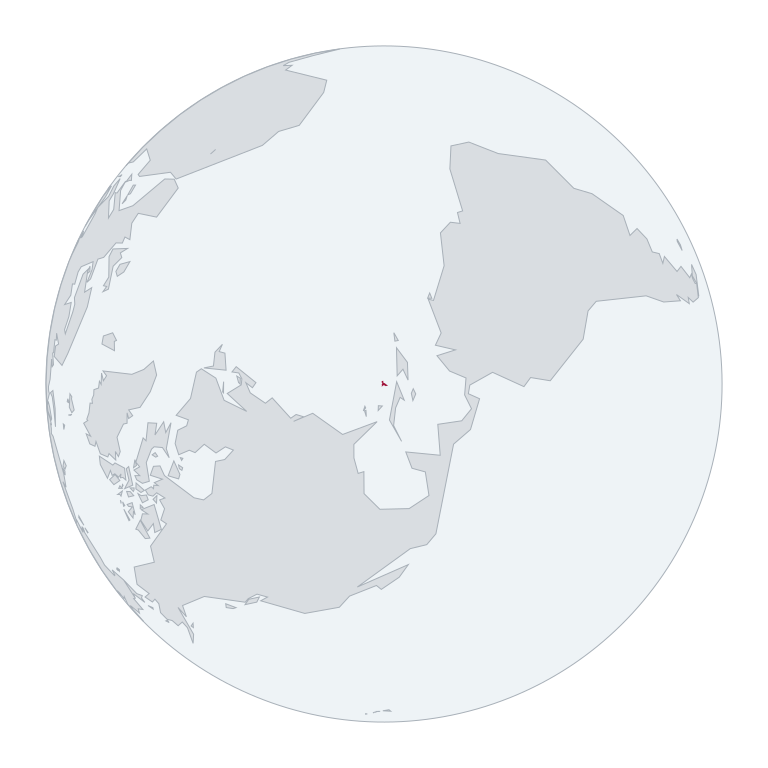 the Earth from above Acklins, rotated 254°
{"feature_id": "BHS-5036", "entity_name": "Acklins", "entity_type": "District", "adm_level": 1, "iso_a3": "BHS", "parent_name": "The Bahamas", "parent_adm1": "", "projection": "orthographic", "projection_center": [-73.948, 22.452], "detail": "fine", "context": "on_globe", "style": "filled", "palette": "rose", "viewbox_px": 768, "rotation_deg": 254, "n_neighbors": 0, "source": "natural_earth", "source_scale": "10m", "svg_char_len": 10095}
<svg xmlns="http://www.w3.org/2000/svg" viewBox="0 0 768 768"><g transform="rotate(254 384 384)"><circle cx="384" cy="384" r="338" fill="#eef3f6" stroke="#a8b0b8"/><path d="M359.3,466.2L351.4,462.4L343.5,471.8L316.4,454.6L307.0,434.3L225.7,392.6L217.8,380.8L218.5,363.9L196.2,302.4L203.7,357.6L194.1,345.4L187.3,324.8L192.4,321.2L189.6,292.4L181.7,279.5L185.3,244.6L209.6,205.7L211.3,213.3L217.0,204.0L215.1,194.3L212.5,190.4L229.3,152.7L226.6,129.3L214.7,129.9L226.0,124.4L195.9,132.0L187.3,129.0L203.9,127.9L210.8,124.5L208.4,119.5L215.0,115.2L217.7,110.6L225.8,106.2L234.9,107.0L240.3,104.5L238.3,101.3L245.1,95.6L247.3,100.5L259.5,91.4L276.9,93.4L276.0,114.1L292.5,114.9L309.6,136.4L314.8,132.0L324.6,138.7L334.4,136.4L334.8,142.0L342.1,135.5L339.9,131.0L342.4,126.8L347.9,125.4L349.4,131.9L346.9,133.6L350.2,134.8L348.6,138.9L352.5,136.0L353.6,144.8L360.7,134.2L368.4,139.7L367.0,146.1L356.5,147.7L327.0,170.0L322.3,178.7L326.2,188.4L356.0,200.7L355.3,210.1L362.0,221.0L367.3,214.2L364.0,203.5L375.6,194.6L370.1,183.5L374.0,178.6L372.6,167.2L384.3,166.8L396.4,173.0L398.2,182.8L403.5,186.1L411.2,175.6L423.4,194.0L447.1,207.0L449.0,212.6L436.0,224.0L412.4,225.8L395.5,244.5L418.1,230.7L422.5,246.5L428.1,248.8L434.6,247.5L437.5,241.2L441.4,246.7L420.6,261.3L416.7,256.5L423.3,251.6L412.3,253.0L398.2,264.7L401.5,272.7L376.8,284.9L378.9,291.1L374.6,297.8L373.0,286.8L375.5,307.4L346.9,330.3L349.7,367.0L334.3,338.4L321.2,334.7L305.2,334.5L305.3,340.5L284.1,334.6L264.7,345.5L257.3,373.8L264.4,396.5L288.1,399.5L295.3,387.7L312.7,386.2L300.0,418.4L330.4,424.6L327.2,448.6L336.1,461.3L351.3,458.5L367.2,464.5L378.4,450.6L396.6,442.7L397.1,462.1L407.1,444.1L417.3,453.0L453.4,449.9L450.7,454.6L481.1,474.4L513.7,479.9L521.2,492.4L517.4,501.4L528.6,501.9L528.7,507.3L572.6,506.6L594.4,514.0L593.2,532.2L574.1,557.2L554.7,601.1L519.8,620.4L509.6,636.4L480.0,660.4L459.0,661.4L463.7,670.1L451.0,676.7L437.0,678.3L433.5,684.5L423.1,685.3L429.3,688.7L411.4,696.7L415.2,701.9L401.9,707.2L404.9,709.7L400.2,709.8L395.0,710.8L394.2,712.2L380.4,710.0L377.5,703.7L383.3,700.3L377.1,699.6L389.4,689.8L382.3,691.9L385.7,675.5L396.5,660.3L405.0,610.8L398.0,600.3L372.2,587.8L341.3,544.7L349.8,526.7L342.9,517.8L365.3,491.6L359.3,466.2ZM67.6,300.3L70.2,292.8L69.5,299.0L67.6,300.3ZM71.1,287.4L70.4,290.1L70.9,287.6L71.1,287.4ZM71.1,285.0L71.1,286.7L70.8,285.5L71.1,285.0ZM70.8,282.7L71.1,283.6L71.0,283.8L70.8,282.7ZM347.9,379.3L382.7,396.8L362.9,399.0L366.7,395.8L357.9,388.6L341.4,381.8L324.0,385.1L347.9,379.3ZM71.4,277.0L71.7,275.3L72.2,275.5L71.4,277.0ZM363.6,359.4L357.5,358.0L363.5,357.9L363.6,359.4ZM210.2,189.6L214.3,194.7L213.6,205.5L209.4,201.6L210.2,189.6ZM212.6,170.7L216.4,171.3L209.8,180.1L209.7,177.0L212.6,170.7ZM204.6,131.9L206.7,134.5L202.4,133.6L204.6,131.9ZM216.6,110.8L213.9,111.7L216.4,109.0L216.6,110.8ZM366.3,168.4L369.4,167.9L368.0,170.2L366.3,168.4ZM362.8,164.2L359.0,167.4L356.7,165.9L359.1,163.9L362.8,164.2ZM231.2,100.1L236.1,96.1L232.7,100.2L231.2,100.1ZM368.0,160.8L353.3,162.9L349.4,160.4L355.3,151.2L368.0,160.8ZM240.0,93.9L251.7,85.2L246.7,85.9L267.4,79.7L250.6,88.6L247.2,93.3L245.1,91.9L240.0,93.9ZM336.8,130.2L339.4,135.0L332.2,132.5L336.8,130.2ZM331.5,129.8L305.6,129.9L304.4,122.7L313.4,123.8L307.8,116.4L320.0,112.7L325.8,116.0L324.1,121.2L330.1,116.0L331.5,129.8ZM277.0,78.1L281.2,76.5L278.5,78.5L277.0,78.1ZM342.8,125.0L337.7,125.4L336.4,119.1L346.4,117.3L343.6,119.8L342.8,125.0ZM300.4,116.5L301.2,111.9L311.3,107.6L312.9,105.4L320.2,112.1L300.4,116.5ZM346.7,120.5L351.6,116.6L357.2,118.4L347.8,124.3L346.7,120.5ZM331.8,118.4L331.6,115.4L335.0,116.4L331.8,118.4ZM380.0,123.7L373.9,123.6L372.6,120.2L380.0,123.7ZM353.0,115.1L351.0,114.5L349.8,113.4L354.1,111.3L353.0,115.1ZM326.8,108.8L330.9,108.2L324.4,105.8L331.7,103.0L335.2,108.2L336.8,104.7L339.0,103.9L339.4,109.2L326.8,108.8ZM354.9,105.9L361.9,112.4L373.6,112.9L375.0,115.8L356.0,114.6L354.9,105.9ZM345.8,107.3L351.7,107.0L350.5,110.4L345.6,112.7L345.8,107.3ZM335.4,99.4L323.3,102.3L322.9,101.2L335.4,99.4ZM358.6,105.3L356.8,103.8L359.5,104.9L358.6,105.3ZM342.8,100.3L338.5,101.3L338.2,100.0L342.8,100.3ZM356.8,100.2L359.0,102.1L355.8,103.6L356.8,100.2ZM350.6,99.7L351.2,97.5L353.3,103.0L348.7,100.3L350.6,99.7ZM343.2,98.8L341.6,98.3L345.0,98.6L343.2,98.8ZM367.7,93.9L371.1,100.5L364.0,103.5L361.7,96.6L367.7,93.9ZM403.3,714.2L381.5,710.8L393.8,712.5L403.0,710.2L414.2,712.6L403.3,714.2ZM430.1,707.4L440.3,705.2L442.6,705.6L436.0,707.3L430.1,707.4ZM641.7,165.4L649.6,176.7L640.8,168.0L623.5,146.2L617.9,140.1L641.7,165.4ZM607.9,130.9L606.7,130.2L595.0,120.3L605.0,129.4L607.7,131.2L614.0,137.4L611.9,136.3L607.9,132.5L608.7,134.6L627.7,153.6L632.5,157.4L640.2,170.9L648.9,179.0L654.2,187.0L641.5,176.4L635.8,170.3L619.5,164.9L626.3,172.3L642.0,178.4L641.2,180.0L650.3,191.7L642.7,184.2L623.7,177.1L624.6,191.8L641.5,229.8L638.7,238.8L629.1,240.2L607.1,211.4L615.8,194.8L608.1,185.9L592.8,179.5L596.7,175.5L591.6,171.3L593.5,165.3L583.0,149.5L582.9,143.4L565.9,130.9L563.6,126.5L574.4,134.9L581.8,138.1L580.2,125.3L576.1,120.9L565.2,114.2L566.1,112.1L555.7,107.4L548.4,98.9L548.6,105.8L535.7,99.7L524.3,91.9L520.1,91.5L538.7,104.5L546.0,108.8L552.3,110.2L572.5,125.0L575.8,131.0L554.8,121.5L557.2,129.6L539.8,120.0L500.4,88.4L490.6,79.6L501.4,74.6L511.1,78.8L512.1,82.2L523.1,83.3L516.5,81.1L517.3,79.9L505.2,75.0L505.1,74.0L493.6,71.6L492.2,69.9L499.6,71.4L480.5,64.3L474.1,60.8L469.8,59.7L467.0,59.7L460.8,56.1L457.9,55.6L458.8,56.4L453.7,56.2L442.1,54.9L440.6,53.7L444.6,54.0L450.6,53.5L461.4,55.4L459.6,54.9L449.9,53.1L442.5,53.5L436.0,53.1L438.1,52.2L436.8,52.5L433.1,52.0L428.0,50.6L425.0,51.5L386.1,51.4L372.4,49.9L378.6,48.4L349.9,50.4L336.6,50.7L337.5,51.2L324.3,53.8L328.3,53.6L327.7,54.2L295.6,63.5L286.9,65.5L274.1,72.1L274.5,72.7L280.3,71.4L267.4,79.7L246.7,85.9L246.7,84.2L233.7,90.1L235.6,85.8L231.2,85.8L241.0,79.1L236.6,80.4L232.0,82.8L222.6,87.2L221.9,87.5L242.9,77.0L251.3,75.7L249.4,74.8L255.9,72.3L259.0,70.6L257.2,70.8L253.2,72.5L259.6,69.8L282.9,61.5L306.9,55.0L331.2,50.2L355.8,47.3L380.6,46.1L405.4,46.8L430.1,49.2L454.5,53.5L478.6,59.6L502.1,67.4L525.0,76.9L547.2,88.1L568.4,100.8L588.7,115.1L607.9,130.9ZM718.2,433.8L719.2,406.4L719.4,381.3L717.8,374.9L715.7,383.5L712.9,376.0L710.8,379.6L691.8,412.7L680.9,406.4L656.0,373.8L655.8,352.3L646.9,332.9L638.3,240.7L646.4,237.1L650.9,206.2L653.2,205.4L663.5,221.0L675.4,220.7L666.6,204.2L666.8,199.1L664.9,196.1L678.0,217.3L689.4,239.4L699.3,262.3L707.4,285.9L713.7,310.0L718.3,334.5L721.0,359.3L721.9,384.2L721.0,409.1L718.2,433.8ZM652.9,280.6L655.9,286.8L652.9,280.6ZM454.5,449.6L458.9,453.0L453.2,453.6L454.5,449.6ZM360.1,407.2L367.5,407.7L371.4,410.8L365.7,411.8L360.1,407.2ZM422.2,406.3L430.6,407.6L421.9,409.7L422.2,406.3ZM388.2,398.9L415.4,406.0L398.3,412.5L381.1,408.2L393.0,406.3L388.2,398.9ZM360.1,371.1L364.7,372.6L363.3,376.3L360.1,371.1ZM367.9,359.5L366.1,359.8L363.8,356.7L367.9,359.5ZM423.7,245.6L425.5,244.6L432.2,244.7L429.1,247.5L423.7,245.6ZM461.2,230.3L466.7,239.6L460.6,234.5L457.5,239.6L440.8,236.0L449.1,215.3L448.3,225.0L461.2,230.3ZM420.9,226.7L430.5,230.5L419.7,227.3L420.9,226.7ZM561.0,157.3L566.1,157.3L571.8,163.2L571.7,173.5L563.4,164.8L561.0,157.3ZM571.9,156.1L551.1,145.2L550.2,139.3L554.2,144.3L555.8,141.4L562.6,148.9L582.2,154.8L588.5,160.7L585.0,174.9L582.7,166.7L577.8,166.8L571.9,156.1ZM499.3,136.5L490.3,134.1L500.2,123.9L507.5,127.5L508.0,137.3L499.6,138.9L499.3,136.5ZM381.1,145.1L377.0,146.5L376.6,144.4L379.8,141.6L381.1,145.1ZM377.2,123.9L398.6,137.6L395.0,139.6L411.8,146.4L408.9,154.7L398.1,149.8L408.4,161.8L397.5,160.8L405.5,168.6L381.8,156.9L372.3,157.2L384.0,153.5L387.0,145.7L385.4,142.5L374.0,133.8L355.2,131.6L355.1,124.4L360.1,119.9L364.6,119.3L363.2,124.0L370.2,119.9L371.7,126.3L377.2,123.9ZM418.2,84.0L414.7,87.6L429.1,84.5L430.6,89.2L432.1,88.6L437.5,92.4L446.7,96.2L445.8,98.4L449.8,99.0L453.4,101.9L458.5,103.6L458.8,108.5L465.1,111.2L461.6,112.0L472.4,115.5L464.5,115.2L468.4,119.6L474.0,117.5L462.8,144.3L464.2,157.2L469.7,168.7L455.3,167.9L441.0,157.2L428.8,143.1L429.5,131.4L422.8,133.7L421.2,129.0L427.1,129.1L417.1,126.2L417.3,122.5L406.4,112.7L391.7,111.8L387.4,108.7L393.2,107.2L384.8,105.2L392.9,100.5L390.0,98.4L395.1,92.1L408.1,91.3L403.8,89.0L407.5,84.7L418.2,84.0ZM369.6,92.2L384.8,89.1L393.1,90.5L380.8,101.0L382.3,103.6L374.7,111.4L362.8,109.4L366.1,107.3L366.5,104.8L370.1,106.4L367.5,103.3L371.9,100.5L371.1,97.5L376.3,97.2L369.6,92.2ZM649.3,197.3L649.9,195.7L649.4,191.7L655.2,199.4L649.3,197.3ZM636.8,192.7L636.4,189.8L644.3,197.8L643.7,200.0L636.8,192.7ZM629.4,181.9L635.8,189.1L632.0,186.5L629.4,181.9ZM573.3,132.3L572.0,129.4L574.5,130.6L578.3,133.9L573.3,132.3ZM461.1,79.4L457.8,80.4L455.8,79.5L444.4,79.0L442.4,76.0L448.4,75.1L461.1,79.4ZM649.9,175.5L649.5,174.9L647.6,172.6L647.2,172.1L649.9,175.5ZM656.0,187.8L656.5,186.3L657.5,189.9L656.0,187.8ZM457.0,76.0L452.6,76.1L454.3,74.6L457.0,76.0ZM440.3,73.9L441.2,72.0L440.8,75.6L440.3,73.9ZM433.4,56.4L451.5,59.8L463.1,61.6L467.6,61.0L469.0,63.9L451.1,61.1L433.4,56.4ZM392.1,51.8L388.3,53.3L384.8,52.5L385.2,52.0L392.1,51.8ZM393.5,52.8L398.6,55.2L393.0,56.0L390.1,53.9L393.5,52.8ZM428.5,63.7L434.0,64.7L432.4,65.7L428.5,63.7ZM279.5,76.1L281.0,76.5L277.4,77.3L279.5,76.1ZM330.2,54.1L328.8,55.0L324.5,55.5L330.2,54.1ZM322.6,58.1L328.3,56.8L322.8,58.6L322.6,58.1ZM341.2,54.3L330.9,56.6L339.8,53.8L341.2,54.3Z" fill="#d9dde1" stroke="#a8b0b8" stroke-width="1"/><path d="M383.7,382.8L383.6,382.6L383.8,382.7L384.0,382.6L384.0,382.4L384.4,382.4L384.5,382.3L384.4,382.6L384.5,382.8L384.5,383.2L384.6,383.3L384.6,383.5L384.4,383.8L384.3,384.0L384.2,384.1L383.9,384.5L383.6,384.7L383.5,384.8L383.2,384.9L383.0,385.0L382.8,385.2L382.8,385.3L382.7,385.4L382.4,385.5L382.2,385.7L382.2,385.4L382.3,385.3L382.5,385.3L382.7,385.2L382.8,385.0L382.7,384.9L382.8,384.8L383.0,384.7L383.3,384.6L383.3,384.4L383.5,384.3L383.7,384.2L383.8,384.0L383.9,383.9L384.0,383.9L384.4,383.7L384.3,383.3L384.2,383.2L383.8,383.2L383.6,383.1L383.6,382.9L383.7,382.8ZM386.6,383.2L386.3,383.1L386.2,383.1L386.3,383.0L386.6,383.1L386.6,383.2ZM385.8,383.1L385.9,383.3L385.8,383.1Z" fill="#f43f5e" stroke="#9f1239" stroke-width="1.5"/></g></svg>